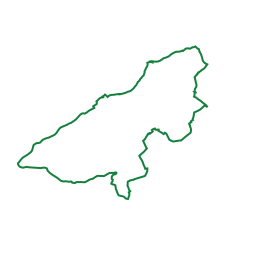 outline of Buza, Cluj, Romania, rotated 137°
{"feature_id": "2599482B62988480086143", "entity_name": "Buza", "entity_type": "district", "adm_level": 2, "iso_a3": "ROU", "parent_name": "Romania", "parent_adm1": "Cluj", "projection": "natural_earth1", "projection_center": [24.153, 46.91], "detail": "fine", "context": "isolated", "style": "outline", "palette": "green", "viewbox_px": 256, "rotation_deg": 137, "n_neighbors": 0, "source": "geoboundaries", "source_scale": "gbopen_adm2", "svg_char_len": 5789}
<svg xmlns="http://www.w3.org/2000/svg" viewBox="0 0 256 256"><g transform="rotate(137 128 128)"><path d="M208.4,179.9L209.1,179.7L213.4,177.0L214.7,176.7L216.3,176.7L216.7,176.8L219.0,176.9L221.9,177.4L224.0,177.9L225.8,178.1L226.8,178.0L227.9,177.9L228.9,177.7L231.4,177.3L232.2,177.3L232.6,177.2L233.3,176.0L233.5,175.0L233.6,173.8L233.5,173.3L232.1,170.8L230.4,169.7L229.2,169.1L228.6,168.6L226.8,166.3L224.8,164.2L219.8,158.9L219.1,158.1L218.4,157.8L216.7,156.5L216.0,155.8L215.5,155.1L215.2,154.6L215.0,154.0L215.0,153.6L215.1,153.3L215.6,152.3L215.9,151.4L215.8,148.5L215.6,147.3L215.2,145.4L215.0,144.4L214.6,143.1L214.1,141.1L213.8,140.0L213.7,139.0L213.5,138.2L213.2,135.8L213.0,135.2L212.9,134.7L212.6,134.3L211.6,132.9L211.3,132.6L210.1,131.7L209.9,131.5L208.9,130.3L208.4,129.7L207.9,129.0L206.4,127.9L206.0,127.5L205.9,127.2L205.9,126.9L206.1,126.5L206.1,126.3L205.7,125.5L204.6,124.4L204.4,124.0L204.0,123.8L203.5,123.8L202.6,123.5L201.8,122.9L200.8,122.0L200.4,121.5L199.3,120.6L198.7,119.9L197.1,118.3L196.6,117.8L196.3,117.6L195.5,117.4L194.0,117.0L192.1,116.7L190.3,116.0L188.4,114.9L185.8,114.5L183.2,113.9L182.3,113.2L181.0,111.8L178.4,109.3L178.0,109.1L175.9,108.6L174.3,108.3L172.6,107.8L172.0,107.6L171.3,106.9L170.3,106.2L169.9,105.8L169.7,105.3L169.4,105.0L168.2,104.5L167.2,103.8L167.0,103.6L167.0,103.3L167.1,103.0L167.8,102.8L168.3,102.7L168.6,102.8L170.3,103.7L171.3,103.8L171.8,103.8L173.1,103.4L173.9,102.7L174.7,101.5L174.7,101.4L174.4,100.6L175.6,99.7L175.9,99.4L177.3,99.3L178.2,98.7L177.9,97.6L177.1,96.5L176.6,95.4L176.3,94.8L178.6,91.4L178.8,90.5L179.1,89.9L179.8,88.3L180.6,85.9L180.7,85.3L180.4,84.5L178.4,81.5L177.8,80.4L177.7,79.9L177.8,79.1L177.7,77.9L176.4,76.1L173.0,77.9L171.8,79.0L171.5,79.6L171.6,80.1L171.3,80.5L169.5,80.2L169.4,80.5L169.5,81.5L169.3,82.1L169.0,83.0L168.6,83.6L167.9,85.5L167.6,86.3L166.4,87.2L165.7,88.1L164.6,88.9L163.0,88.3L162.7,88.4L162.1,88.2L161.2,87.6L159.4,86.6L159.3,86.4L159.2,86.3L158.7,86.3L156.8,85.5L153.8,84.1L153.1,83.7L152.2,83.2L148.8,81.6L148.1,81.4L146.9,81.8L145.7,82.2L144.2,82.9L143.5,83.3L142.9,83.7L141.4,85.3L141.5,85.4L143.2,86.4L142.6,87.7L141.8,90.2L141.1,91.8L140.7,92.5L140.1,94.4L139.8,95.5L139.4,97.7L138.7,100.0L133.9,99.8L132.2,99.8L128.1,100.2L128.0,101.2L127.7,102.2L126.0,107.3L125.7,108.3L124.1,108.2L123.0,108.4L117.4,110.0L117.1,110.0L117.1,109.5L116.9,109.5L116.0,109.4L115.6,109.5L115.5,109.3L115.6,108.9L115.0,108.8L113.3,108.6L112.3,108.6L112.0,110.2L111.1,110.2L110.0,109.8L109.2,109.6L108.7,109.3L108.8,108.9L109.1,108.0L108.7,107.6L107.4,106.6L106.7,105.9L107.7,105.1L107.4,104.3L106.4,101.0L106.1,99.2L105.9,99.2L105.5,99.2L104.3,99.4L103.9,98.2L104.0,97.0L105.7,91.4L105.6,90.8L104.5,87.8L103.9,87.1L98.6,83.5L98.2,83.2L97.7,82.7L97.3,82.7L94.6,82.5L93.2,82.5L85.6,81.9L85.4,81.9L85.1,82.0L84.7,82.5L83.7,83.1L82.4,84.7L82.0,85.6L82.0,86.0L81.8,86.5L80.9,87.4L80.8,87.6L80.8,88.6L80.3,89.6L77.8,89.1L77.5,90.0L77.0,89.9L75.1,89.6L75.1,89.8L75.0,90.2L72.5,91.5L69.0,94.2L68.7,94.2L67.2,93.6L66.0,93.2L64.1,92.6L62.1,92.2L60.6,92.2L58.2,92.2L57.5,92.2L56.7,92.4L56.3,91.7L56.1,91.2L56.0,90.7L56.0,90.4L55.9,89.9L55.5,89.9L55.4,91.7L55.8,94.3L56.2,96.4L56.3,97.2L56.2,97.9L56.8,100.0L57.2,101.8L57.4,103.7L58.0,105.0L58.3,105.9L58.0,106.0L57.4,106.3L56.1,107.5L54.9,108.4L54.9,108.6L54.3,108.0L54.2,108.5L54.3,108.7L54.5,109.2L54.5,109.4L53.9,109.8L52.6,110.8L51.9,111.1L50.8,111.3L50.0,111.5L48.9,112.4L48.4,113.0L48.1,113.5L47.5,114.6L47.5,114.9L47.2,115.2L46.8,115.9L45.0,119.0L44.9,119.2L44.8,119.6L44.7,119.7L44.1,119.8L42.8,120.0L40.8,119.9L40.7,120.4L40.0,120.4L39.3,120.5L39.1,120.5L38.8,120.7L38.6,120.7L38.3,120.3L37.4,120.3L36.6,120.2L35.6,120.1L34.3,120.1L33.7,120.0L32.9,119.7L31.8,119.6L29.7,119.8L28.7,120.1L26.6,120.5L27.4,122.6L27.5,123.1L27.6,123.8L27.5,125.0L27.4,125.8L27.2,126.5L25.6,129.4L24.6,131.5L24.2,132.6L24.2,132.9L23.6,134.7L23.7,135.0L23.5,135.4L23.2,135.9L23.0,136.3L22.7,136.8L22.4,137.6L22.5,137.8L22.8,138.1L23.0,139.2L23.1,141.7L24.6,142.1L25.4,142.6L25.7,143.0L25.9,143.1L26.2,143.2L27.4,143.4L28.7,143.8L29.0,144.2L29.4,145.0L30.0,145.4L30.6,146.0L31.0,146.4L31.9,146.7L33.3,146.7L35.2,146.8L35.5,147.6L36.4,147.8L37.5,148.3L38.6,149.0L40.9,151.0L43.0,151.7L44.8,152.2L45.4,152.3L47.2,152.6L48.0,152.5L49.4,152.6L50.5,153.1L51.9,153.5L54.6,154.8L56.7,155.0L57.5,155.2L58.5,155.3L60.7,156.2L61.6,156.9L63.2,158.3L65.1,160.7L65.4,160.9L65.2,160.3L65.2,159.6L65.4,159.3L66.0,160.5L66.3,160.6L67.1,161.4L68.3,162.1L69.4,162.5L69.7,161.8L70.4,161.1L71.2,160.4L72.0,160.0L74.4,159.4L75.4,158.8L77.2,158.2L78.0,157.3L78.8,156.8L79.9,156.3L80.5,155.9L81.0,155.8L81.9,155.9L82.5,155.8L83.5,155.6L84.2,155.5L85.4,155.5L87.2,154.9L87.9,154.8L88.6,154.8L89.3,155.0L90.3,154.5L91.5,154.2L92.5,153.8L93.1,153.7L94.7,153.6L96.9,153.2L99.6,153.2L100.7,153.4L101.9,153.8L103.2,154.5L104.8,155.1L106.4,155.7L107.9,156.5L109.5,157.3L110.9,158.2L110.7,158.3L111.7,159.3L115.0,161.5L115.6,161.9L115.8,162.1L117.6,163.5L118.6,164.1L119.7,164.5L120.2,164.6L121.7,164.6L122.0,168.1L123.1,168.0L124.6,168.3L125.1,168.4L125.2,167.5L125.6,167.6L125.6,167.9L125.7,168.1L127.3,168.7L128.3,169.0L128.8,169.0L130.8,168.9L132.9,169.0L133.0,168.6L133.4,168.0L133.9,167.4L134.6,166.9L138.6,167.6L138.9,165.7L144.9,167.3L146.9,167.4L148.5,167.7L149.4,167.9L150.0,168.2L150.2,168.4L150.6,169.1L151.3,169.7L151.9,170.0L152.4,170.1L153.6,170.3L154.0,170.3L158.6,169.9L160.3,169.8L162.7,170.1L163.9,170.2L165.2,170.5L166.1,170.6L168.3,171.5L169.8,171.8L171.0,172.1L173.7,173.2L176.1,174.0L177.1,174.3L178.3,174.3L180.7,173.9L183.4,173.2L185.5,173.1L186.1,173.1L187.4,173.4L192.4,175.0L195.1,176.4L198.1,177.4L199.1,177.5L201.6,177.3L202.2,177.3L202.9,177.6L203.4,177.9L204.9,179.1L206.4,179.6L208.1,179.9L208.4,179.9Z" fill="none" stroke="#15803d" stroke-width="2"/></g></svg>